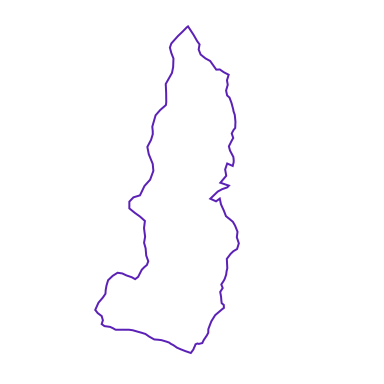 Moni, Limassol, Cyprus, rotated 19°
{"feature_id": "46923920B25771108548129", "entity_name": "Moni", "entity_type": "district", "adm_level": 2, "iso_a3": "CYP", "parent_name": "Cyprus", "parent_adm1": "Limassol", "projection": "equal_earth", "projection_center": [33.204, 34.73], "detail": "fine", "context": "isolated", "style": "outline", "palette": "violet", "viewbox_px": 384, "rotation_deg": 19, "n_neighbors": 0, "source": "geoboundaries", "source_scale": "gbopen_adm2", "svg_char_len": 2201}
<svg xmlns="http://www.w3.org/2000/svg" viewBox="0 0 384 384"><g transform="rotate(19 192 192)"><path d="M149.6,346.3L152.9,347.3L158.5,346.2L161.4,346.5L164.5,347.1L167.5,346.1L170.9,344.9L174.4,343.7L177.5,342.7L181.0,342.0L185.2,341.8L190.0,341.5L194.2,341.4L198.8,342.7L204.3,343.7L208.1,342.7L211.4,342.0L216.5,341.8L219.5,341.8L221.1,342.4L224.4,342.9L228.6,344.1L232.8,344.4L237.4,344.6L241.2,344.6L243.3,344.6L244.6,340.4L244.6,339.0L244.9,336.6L244.9,334.9L246.4,333.5L247.9,333.4L250.9,331.5L251.3,328.1L252.7,322.9L253.2,319.8L252.1,316.4L252.2,312.0L252.4,307.9L253.2,304.4L254.0,300.9L255.6,298.2L258.5,293.3L259.9,291.2L258.8,288.4L256.3,287.5L255.1,285.1L253.6,281.6L251.2,277.3L252.3,272.8L249.8,269.9L250.8,266.0L251.2,263.7L251.2,259.1L250.5,255.6L250.2,252.6L246.7,243.9L248.6,238.0L250.4,234.5L253.2,231.2L253.0,225.3L249.1,220.2L248.0,214.8L243.7,209.8L240.4,206.9L236.8,205.5L232.0,203.8L228.4,199.5L223.4,194.2L220.4,189.2L217.8,193.0L211.5,192.4L216.2,183.2L219.6,179.5L223.8,176.2L224.8,174.0L215.8,174.0L219.1,165.5L216.0,159.9L216.0,153.6L222.0,154.1L221.7,150.3L221.1,148.4L219.7,145.4L214.4,140.4L212.0,136.8L212.8,130.8L213.4,127.5L210.5,123.7L211.1,119.8L212.0,117.4L210.2,111.4L207.3,105.1L205.0,102.2L204.1,100.5L200.4,95.0L196.7,90.5L193.8,89.3L191.2,85.0L190.9,79.0L188.7,75.0L188.5,69.2L183.1,68.4L178.4,67.1L175.1,68.4L166.5,62.2L161.2,61.3L155.4,59.2L151.9,55.1L151.1,50.0L147.8,47.7L142.2,42.8L134.3,36.7L133.4,38.1L130.8,43.6L127.9,49.2L124.1,58.3L124.1,62.7L127.2,67.3L131.0,71.8L133.5,80.0L134.3,85.9L132.0,98.4L135.3,106.7L138.5,115.7L139.0,118.3L135.3,124.7L132.6,131.3L133.2,143.2L135.1,147.3L136.1,150.2L136.3,156.0L135.1,163.9L138.8,170.3L145.7,178.2L148.6,184.6L148.4,194.0L145.1,201.8L143.9,212.1L138.4,216.1L135.9,221.5L138.1,227.9L144.9,230.4L150.7,232.1L156.9,234.7L158.4,241.8L162.2,249.5L163.2,255.6L166.5,260.4L169.4,267.0L173.2,271.7L173.1,275.7L171.3,278.7L169.8,281.9L168.7,289.8L166.6,292.9L162.8,292.2L157.0,292.2L152.6,291.7L147.9,292.6L144.3,297.1L141.4,302.7L141.6,308.2L142.3,312.7L143.3,316.4L142.1,320.8L139.6,327.1L138.9,335.0L142.3,337.2L147.0,338.7L149.5,342.3L149.6,346.3Z" fill="none" stroke="#5b21b6" stroke-width="2"/></g></svg>